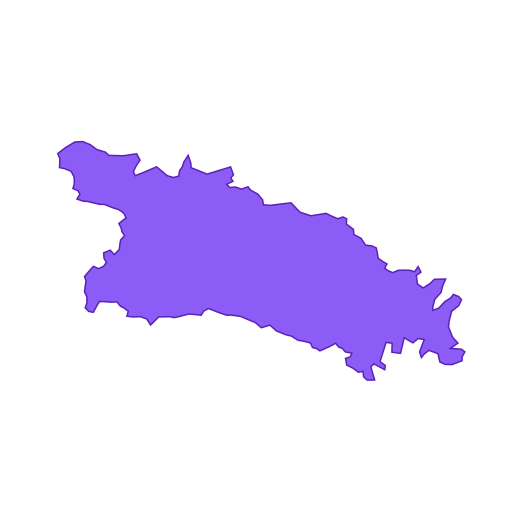 outline of Quatro Irmãos, Rio Grande do Sul, Brazil, rotated 250°
{"feature_id": "56859067B55924699188620", "entity_name": "Quatro Irmãos", "entity_type": "district", "adm_level": 2, "iso_a3": "BRA", "parent_name": "Brazil", "parent_adm1": "Rio Grande do Sul", "projection": "equal_earth", "projection_center": [-52.476, -27.847], "detail": "fine", "context": "isolated", "style": "filled", "palette": "violet", "viewbox_px": 512, "rotation_deg": 250, "n_neighbors": 0, "source": "geoboundaries", "source_scale": "gbopen_adm2", "svg_char_len": 2825}
<svg xmlns="http://www.w3.org/2000/svg" viewBox="0 0 512 512"><g transform="rotate(250 256 256)"><path d="M420.1,104.7L414.9,105.0L411.1,103.6L406.3,101.6L403.2,106.5L398.8,111.2L392.7,112.1L389.0,111.1L385.3,109.5L382.0,107.0L378.2,111.1L374.2,111.6L370.8,107.2L366.6,112.4L364.9,116.3L362.1,120.5L358.2,126.4L356.2,131.4L353.3,134.5L350.0,138.3L346.8,142.5L343.9,144.9L340.4,146.6L336.1,146.9L334.9,142.5L333.4,138.2L328.6,138.9L324.7,138.3L320.0,139.4L317.4,134.3L313.6,132.1L309.0,129.8L305.8,123.4L311.3,121.0L311.1,113.9L305.8,112.4L301.2,113.2L298.4,109.2L297.9,103.9L301.9,99.6L298.6,93.5L295.3,87.8L290.8,87.8L286.5,85.4L281.0,82.6L275.4,83.2L269.7,81.0L265.7,77.8L261.1,79.9L258.7,83.9L264.0,89.8L266.7,93.4L265.1,97.6L262.5,103.3L260.4,109.7L255.2,111.4L252.4,114.1L247.8,117.1L243.6,114.1L240.8,119.5L238.6,126.5L234.2,131.8L227.2,133.3L232.0,143.8L228.4,154.3L226.1,157.9L225.4,162.6L225.0,167.7L224.3,173.4L221.6,179.1L219.1,184.3L222.1,187.9L222.9,193.4L216.0,201.2L210.4,208.1L209.0,212.5L204.4,221.0L198.1,227.7L193.7,232.6L186.8,236.4L186.2,245.5L178.5,249.6L171.9,257.0L168.7,261.8L162.5,266.6L159.3,272.2L155.6,277.4L150.7,277.8L148.2,281.4L145.0,283.6L145.7,293.5L146.7,301.0L142.2,302.5L139.5,305.6L135.3,307.1L131.9,312.8L129.0,310.0L129.2,305.1L122.5,303.9L117.6,308.6L111.7,312.5L111.0,317.0L105.6,315.8L101.4,318.0L98.9,325.1L112.6,326.0L114.3,329.9L105.1,338.1L108.9,340.1L114.3,336.4L130.3,348.7L127.5,354.1L119.1,350.8L115.1,358.5L128.5,367.3L120.7,373.7L123.0,379.9L120.0,385.5L109.9,376.9L104.0,376.7L106.4,380.6L108.2,386.2L102.0,393.6L93.5,392.5L89.4,396.8L86.9,403.2L87.1,413.8L90.7,415.1L94.5,419.5L98.1,417.3L100.2,412.6L102.6,407.1L105.1,416.0L112.2,413.0L123.5,412.6L128.7,415.2L137.1,420.9L140.0,429.5L144.7,434.2L148.7,432.5L152.4,428.3L150.0,424.6L148.6,417.9L144.5,409.9L144.5,403.5L148.0,404.9L154.2,409.3L158.4,417.3L164.3,421.4L169.5,426.3L173.1,415.7L170.6,410.1L168.8,402.2L174.5,398.1L182.9,400.0L184.4,405.5L190.6,404.7L187.0,399.8L190.0,395.6L192.1,390.2L193.9,385.0L193.6,378.7L197.3,374.9L200.6,372.7L203.7,376.4L207.9,372.9L212.0,370.1L222.4,371.8L225.9,368.3L228.7,362.7L236.8,360.7L242.7,355.3L247.7,356.7L255.0,351.9L260.0,353.9L262.9,351.1L263.1,345.5L267.7,340.6L272.1,336.4L275.0,321.4L282.2,312.3L288.3,309.6L294.0,307.1L298.8,286.5L301.6,280.5L306.5,281.4L313.5,278.9L319.9,273.4L323.8,272.2L323.8,265.4L327.9,260.2L329.3,254.8L333.4,253.0L334.1,259.9L338.0,259.0L340.0,262.6L348.4,262.6L349.7,238.0L361.1,225.3L365.7,226.5L373.8,226.7L368.9,220.2L365.4,217.7L362.2,213.3L357.6,210.8L357.9,205.4L361.9,200.0L373.8,193.1L372.9,176.6L372.8,170.0L377.4,169.7L381.6,174.2L385.8,179.8L392.9,178.8L395.6,165.5L400.9,152.1L405.2,149.9L410.6,142.7L417.1,138.5L422.8,132.3L425.1,124.7L423.0,114.1L420.1,104.7Z" fill="#8b5cf6" stroke="#5b21b6" stroke-width="1.5"/></g></svg>